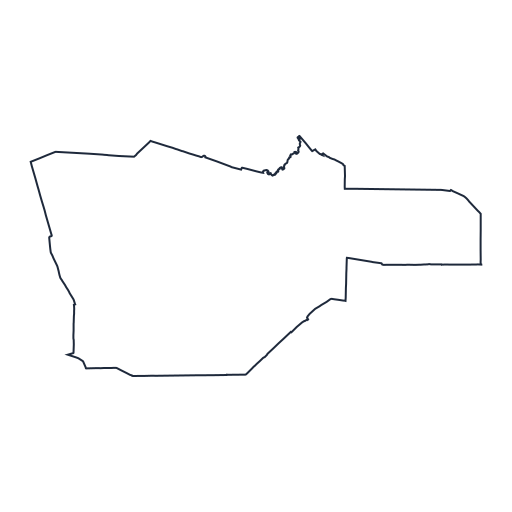 Cujmir, Mehedinti, Romania (orthographic projection)
{"feature_id": "2599482B72848600884010", "entity_name": "Cujmir", "entity_type": "district", "adm_level": 2, "iso_a3": "ROU", "parent_name": "Romania", "parent_adm1": "Mehedinti", "projection": "orthographic", "projection_center": [22.937, 44.205], "detail": "fine", "context": "isolated", "style": "outline", "palette": "slate", "viewbox_px": 512, "rotation_deg": 0, "n_neighbors": 0, "source": "geoboundaries", "source_scale": "gbopen_adm2", "svg_char_len": 5973}
<svg xmlns="http://www.w3.org/2000/svg" viewBox="0 0 512 512"><path d="M226.8,374.7L228.4,374.8L239.4,374.7L243.8,374.7L245.6,374.6L246.0,374.4L247.5,373.0L252.0,368.5L253.4,367.0L253.8,366.5L254.3,366.3L255.0,365.6L256.8,363.8L259.7,361.2L263.1,357.9L263.7,357.5L264.6,357.2L266.7,355.1L267.2,354.5L267.4,353.9L270.2,351.3L273.1,348.6L278.8,343.1L283.6,338.7L285.6,336.8L290.8,331.9L291.3,332.3L291.9,331.8L296.9,326.8L302.1,322.4L304.3,321.0L304.7,321.1L305.3,320.7L306.8,319.8L307.3,319.4L307.7,319.8L308.1,319.3L307.5,318.6L307.2,318.0L307.1,317.7L307.3,317.6L307.3,317.4L307.4,317.0L307.4,316.6L309.7,313.8L315.2,308.8L319.5,306.3L321.3,305.0L326.6,301.9L330.3,299.2L331.1,298.9L332.1,298.9L334.5,299.3L338.3,299.8L342.8,300.5L343.5,300.6L344.3,300.6L345.5,300.9L345.7,297.8L345.9,287.8L346.1,283.9L346.3,273.1L346.5,268.8L346.5,267.5L346.8,258.4L346.9,257.8L348.6,258.0L371.6,261.8L372.7,262.1L378.1,262.8L381.5,263.3L382.2,264.5L382.5,264.6L383.6,264.9L386.6,264.8L394.3,264.8L395.9,264.8L400.7,264.8L405.2,264.9L407.5,264.7L415.4,264.9L417.1,264.8L421.1,264.7L423.7,264.5L427.3,264.4L428.5,264.2L429.2,264.1L429.6,264.1L431.0,264.4L433.4,264.4L441.5,264.4L441.7,264.7L441.9,264.6L447.9,264.5L448.7,264.6L455.2,264.6L455.8,264.6L457.5,264.6L468.3,264.6L476.6,264.5L477.7,264.4L481.3,264.6L481.3,264.4L480.9,264.2L480.7,264.0L480.6,262.1L480.7,259.5L480.6,250.3L480.6,249.1L480.6,239.4L480.7,230.0L480.7,225.2L480.7,222.4L480.7,213.8L479.0,211.9L477.9,210.9L472.1,204.7L469.7,202.1L469.1,201.5L468.4,200.5L466.9,198.8L466.2,198.1L464.8,196.9L463.7,196.1L456.1,192.6L452.7,191.1L451.4,190.2L450.9,190.0L450.2,190.8L450.0,191.0L446.9,190.6L442.3,190.0L441.1,189.9L355.8,188.8L344.8,188.8L344.7,186.8L344.8,179.0L345.0,176.2L344.9,172.7L344.8,169.5L344.7,165.9L343.5,165.2L343.1,164.3L342.7,163.9L341.2,163.0L338.0,161.3L336.3,160.5L334.5,159.5L332.4,158.9L329.7,157.8L329.2,157.3L328.5,156.9L327.3,156.6L323.1,153.4L322.0,154.2L321.8,154.6L322.2,155.1L321.4,154.8L321.2,154.5L320.7,154.1L319.8,154.0L316.4,151.0L315.3,149.4L312.2,151.1L311.7,150.6L308.9,147.2L305.8,143.3L299.5,136.0L299.2,136.1L299.3,136.9L299.2,137.1L298.9,137.4L298.7,137.4L298.3,137.1L298.1,137.0L297.9,137.1L297.7,137.3L297.6,137.7L297.8,138.0L298.0,138.2L298.3,138.7L298.7,138.6L299.1,138.2L299.4,138.1L299.7,138.5L299.9,138.8L299.8,139.0L298.9,139.6L298.8,139.8L299.0,140.4L300.3,141.5L300.5,141.8L300.3,142.3L300.3,142.6L299.9,143.1L299.8,143.6L299.8,143.9L299.9,144.7L300.2,145.4L300.0,146.1L299.7,146.6L299.0,147.2L298.4,147.4L298.2,147.6L298.3,148.0L298.5,149.0L298.3,149.5L298.3,150.2L298.1,150.7L298.6,151.4L298.6,151.9L298.4,152.4L298.0,152.8L297.3,153.4L296.8,153.8L296.3,153.8L296.0,153.7L295.8,153.4L295.7,153.2L295.8,153.1L296.1,153.1L296.3,152.9L296.4,152.5L296.0,152.0L295.5,151.9L294.9,151.9L294.5,152.0L294.5,152.4L294.2,152.9L293.8,153.4L293.4,153.5L293.2,153.7L292.9,153.8L292.1,154.4L291.8,154.5L291.0,154.3L290.8,154.5L290.8,154.9L290.6,155.3L290.3,155.4L290.2,155.6L290.6,156.6L290.6,156.9L290.4,157.2L289.8,157.2L289.2,157.5L289.0,158.6L288.0,159.4L287.8,159.7L287.4,161.4L287.4,162.0L286.9,163.0L285.6,163.7L284.5,164.7L284.6,165.1L284.1,165.8L284.1,166.1L284.1,166.8L283.9,166.9L284.0,167.7L284.3,168.0L284.3,168.5L284.0,168.8L282.8,169.6L282.5,169.6L282.4,169.4L282.6,169.0L282.6,168.7L282.0,168.5L282.1,167.9L281.7,167.3L281.4,167.2L281.2,167.2L280.3,167.7L280.0,167.8L279.7,168.1L279.7,168.4L279.6,168.5L279.7,168.8L279.5,169.0L278.8,169.1L278.6,169.2L278.2,169.6L278.2,169.8L278.0,170.1L277.8,170.4L277.8,170.7L277.9,170.9L278.3,170.8L278.3,171.3L278.1,171.7L277.9,171.8L277.6,171.8L276.6,171.7L276.5,171.8L276.4,173.0L276.3,173.3L276.0,173.5L275.5,173.2L275.4,173.3L275.2,173.5L275.4,174.0L275.4,174.3L275.1,174.6L274.8,174.4L274.5,174.5L274.5,174.8L274.1,175.0L273.9,175.0L273.7,174.8L273.4,174.8L273.1,175.0L273.0,175.4L272.6,175.6L271.9,175.2L271.6,174.9L270.8,174.0L270.8,173.3L270.4,173.1L269.9,173.3L269.8,173.7L269.8,173.9L269.4,174.3L268.9,174.4L268.0,174.0L267.6,173.4L267.5,173.2L267.5,172.4L267.3,172.2L267.5,171.9L267.7,171.7L268.1,172.1L268.2,172.3L268.4,172.1L268.5,171.9L268.4,171.4L267.6,170.4L266.5,170.0L264.6,170.4L264.2,170.7L263.6,170.7L263.2,171.3L262.8,171.9L263.1,172.8L261.2,172.5L256.6,171.4L247.2,168.9L242.1,167.7L241.8,167.9L241.1,169.6L231.4,167.1L230.7,166.6L228.0,165.6L216.8,161.4L205.4,157.4L205.5,157.1L205.5,156.7L205.3,156.4L205.1,156.1L204.6,155.8L204.1,155.7L203.6,155.8L203.0,156.2L202.4,156.7L201.8,157.0L201.3,157.1L200.7,157.0L198.9,156.3L196.3,155.6L193.2,154.6L189.4,153.5L182.8,151.2L182.0,151.1L177.3,149.4L175.8,149.0L172.6,147.8L167.1,146.2L155.4,142.5L152.4,141.6L150.5,140.9L149.2,142.3L137.1,153.6L136.1,155.0L134.0,156.7L118.8,156.0L108.2,155.2L107.1,155.0L104.1,154.8L102.7,154.6L89.3,153.7L56.9,151.9L55.3,151.9L47.2,155.1L39.3,158.4L30.7,161.8L31.8,166.1L35.4,178.4L37.5,186.0L38.7,190.1L40.2,195.6L41.8,201.1L43.8,207.6L44.0,208.4L44.3,209.3L44.7,210.7L45.8,215.1L51.4,234.4L51.7,235.2L51.7,235.8L51.2,236.2L49.8,236.6L49.3,237.2L49.2,237.7L50.0,246.2L50.2,248.1L50.3,249.0L50.7,252.0L50.9,252.8L52.4,255.6L53.5,258.3L57.1,265.7L57.5,266.8L58.7,271.4L58.9,272.5L59.5,275.1L60.3,277.8L61.3,279.4L62.0,280.3L62.2,280.8L65.0,285.0L66.2,287.2L68.1,290.1L69.2,292.1L69.6,293.1L73.4,299.2L73.8,300.1L74.5,302.4L74.9,303.7L74.9,304.0L75.1,304.4L73.9,304.8L74.1,306.6L74.2,309.0L74.1,310.9L74.1,313.8L73.9,315.9L73.7,322.6L73.6,323.6L73.6,325.2L73.6,330.7L73.4,335.1L73.4,338.1L73.5,339.1L73.7,339.8L73.8,344.5L73.6,350.2L73.5,352.7L73.4,353.0L73.1,353.2L72.7,353.3L71.5,353.6L67.8,354.7L75.8,357.3L78.0,358.1L78.6,358.4L82.2,360.7L83.1,361.4L85.7,367.4L85.9,368.3L86.2,368.4L97.3,368.1L100.7,368.2L103.9,368.0L111.2,368.0L112.9,367.9L116.2,367.9L116.9,368.1L119.2,369.3L121.3,370.4L126.9,373.2L130.1,374.9L131.9,375.4L132.0,375.6L132.1,375.8L132.4,375.8L132.8,376.0L145.6,375.9L152.6,375.7L155.5,375.8L163.6,375.7L194.7,375.3L212.3,375.2L226.7,375.0L226.8,374.7Z" fill="none" stroke="#1e293b" stroke-width="2"/></svg>